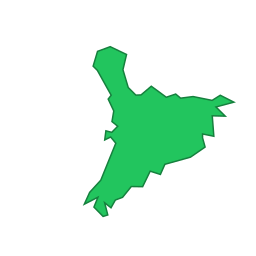 Moore, Tennessee, United States of America (Mercator projection), rotated 39°
{"feature_id": "52423323B16895111765374", "entity_name": "Moore", "entity_type": "district", "adm_level": 2, "iso_a3": "USA", "parent_name": "United States of America", "parent_adm1": "Tennessee", "projection": "mercator", "projection_center": [-86.361, 35.268], "detail": "fine", "context": "isolated", "style": "filled", "palette": "green", "viewbox_px": 256, "rotation_deg": 39, "n_neighbors": 0, "source": "geoboundaries", "source_scale": "gbopen_adm2", "svg_char_len": 763}
<svg xmlns="http://www.w3.org/2000/svg" viewBox="0 0 256 256"><g transform="rotate(39 128 128)"><path d="M194.0,41.3L179.1,44.5L176.0,53.6L158.8,62.6L150.1,71.7L143.7,71.6L138.4,80.0L119.8,80.9L117.3,94.1L113.4,97.5L102.7,96.4L87.4,85.9L80.6,71.8L63.0,76.0L56.1,87.6L62.0,101.9L67.9,102.5L94.3,113.1L94.4,118.0L106.2,123.7L111.5,133.1L118.9,133.1L118.1,141.6L112.6,144.1L117.4,151.9L120.2,145.9L128.1,147.5L139.7,185.7L138.7,202.1L142.0,214.7L148.2,200.7L151.3,210.9L164.3,212.4L167.0,208.3L156.9,200.8L165.0,200.7L163.5,191.9L167.4,185.3L167.4,171.4L176.3,164.4L172.4,147.6L182.4,143.7L179.5,133.0L194.9,111.3L199.9,94.3L192.1,88.7L189.7,85.7L199.9,80.4L185.8,65.5L196.1,57.6L183.1,56.3L194.0,41.3Z" fill="#22c55e" stroke="#15803d" stroke-width="1.5"/></g></svg>